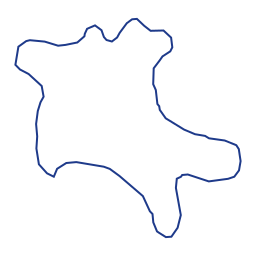 outline of San Lucas Sacatepéquez, Sacatepéquez, Guatemala
{"feature_id": "79465075B92764455721704", "entity_name": "San Lucas Sacatepéquez", "entity_type": "district", "adm_level": 2, "iso_a3": "GTM", "parent_name": "Guatemala", "parent_adm1": "Sacatepéquez", "projection": "mercator", "projection_center": [-90.646, 14.595], "detail": "fine", "context": "isolated", "style": "outline", "palette": "blue", "viewbox_px": 256, "rotation_deg": 0, "n_neighbors": 0, "source": "geoboundaries", "source_scale": "gbopen_adm2", "svg_char_len": 1047}
<svg xmlns="http://www.w3.org/2000/svg" viewBox="0 0 256 256"><path d="M136.9,18.9L132.1,19.3L126.8,23.2L119.7,32.8L117.1,37.5L111.9,41.5L106.5,40.0L103.9,37.0L101.5,30.2L95.0,25.4L87.1,28.8L84.8,33.8L84.4,36.3L77.3,42.5L65.5,44.9L58.1,45.7L44.7,41.6L29.9,40.2L26.2,41.1L18.4,46.7L15.4,64.8L20.0,69.5L28.6,74.0L41.7,86.0L43.6,96.7L40.5,102.3L37.8,111.0L36.1,124.0L37.2,136.4L36.4,148.5L38.9,164.3L47.0,173.3L53.8,176.7L57.1,168.8L66.3,163.0L76.3,162.1L103.8,166.7L109.8,168.9L119.5,176.0L142.9,196.1L149.9,211.3L152.5,214.0L153.3,222.4L157.0,231.4L159.2,232.9L165.9,237.1L171.4,236.7L177.6,227.8L180.8,215.1L175.9,187.9L176.8,178.7L180.9,176.8L182.2,175.0L187.8,174.5L208.8,181.4L228.1,178.8L234.3,176.7L239.0,170.4L240.6,161.1L238.8,149.1L236.3,145.2L224.7,140.5L209.0,138.3L205.1,135.9L195.0,134.2L184.1,129.6L165.7,118.3L159.8,109.9L159.2,106.2L157.4,104.0L155.8,90.0L153.2,84.2L153.7,68.3L159.7,60.4L162.5,56.4L170.3,51.3L172.3,47.3L171.1,37.6L163.5,30.5L150.6,30.8L144.2,25.8L136.9,18.9Z" fill="none" stroke="#1e3a8a" stroke-width="2"/></svg>